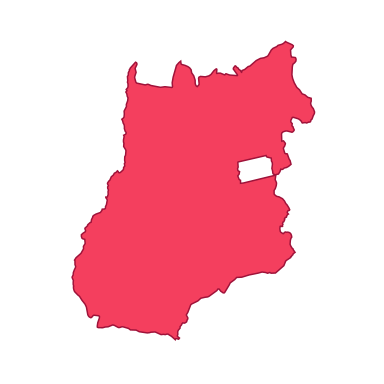 outline of Goiás, rotated 346°
{"feature_id": "BRA-1294", "entity_name": "Goiás", "entity_type": "State", "adm_level": 1, "iso_a3": "BRA", "parent_name": "Brazil", "parent_adm1": "", "projection": "albers", "projection_center": [-49.017, -15.943], "detail": "fine", "context": "isolated", "style": "filled", "palette": "rose", "viewbox_px": 384, "rotation_deg": 346, "n_neighbors": 0, "source": "natural_earth", "source_scale": "10m", "svg_char_len": 5969}
<svg xmlns="http://www.w3.org/2000/svg" viewBox="0 0 384 384"><g transform="rotate(346 192 192)"><path d="M319.7,69.3L324.8,73.3L325.7,74.6L325.3,75.7L322.0,78.0L321.1,82.8L321.2,85.1L324.7,86.5L325.0,87.0L325.1,88.3L324.5,90.1L322.9,91.4L320.7,92.5L319.6,94.9L317.3,102.4L317.1,106.1L317.6,110.7L319.0,115.9L321.0,118.8L322.6,123.4L325.1,125.1L327.2,128.1L330.3,129.9L329.7,132.6L328.6,134.5L328.5,136.3L328.8,138.0L329.9,140.5L330.3,144.0L329.7,145.5L328.1,147.3L326.1,150.3L325.0,150.8L324.0,152.4L323.3,152.7L322.2,152.4L320.0,152.8L318.6,152.0L315.7,151.7L314.8,149.0L313.0,146.8L308.5,144.1L307.4,143.9L305.4,146.2L304.9,147.3L305.0,148.5L305.8,149.8L305.0,151.9L305.8,153.2L305.8,154.4L306.2,156.3L306.1,156.7L305.4,157.4L304.4,158.0L303.5,158.2L299.0,155.8L297.7,155.5L295.2,155.6L293.5,156.4L292.9,157.4L291.5,164.0L291.5,164.5L292.8,164.4L293.2,164.6L294.3,167.2L294.3,167.8L292.8,170.1L291.6,171.1L291.2,172.0L291.4,176.7L292.2,177.6L293.5,177.9L293.7,178.3L294.2,183.4L294.8,185.3L294.8,189.1L291.9,190.5L289.6,191.1L287.4,191.0L285.6,191.9L284.7,191.9L283.7,191.3L282.2,193.6L280.2,195.5L278.3,195.4L277.1,195.9L276.9,197.2L275.7,200.1L276.2,203.3L276.1,204.1L275.3,206.2L273.6,208.9L272.0,210.4L271.2,213.9L271.9,215.2L273.1,216.7L275.2,217.7L278.2,220.4L279.6,223.2L280.2,225.9L281.0,227.2L282.1,230.6L282.5,232.9L281.9,233.4L280.8,233.3L279.8,234.2L279.4,235.1L280.2,236.7L279.5,236.9L278.4,237.7L277.5,239.3L276.5,239.3L275.6,239.9L275.5,240.6L275.1,240.7L275.1,241.5L274.8,241.9L273.8,243.1L273.2,243.1L272.2,244.4L272.4,245.4L271.5,246.5L271.6,247.1L271.0,247.3L269.7,246.6L269.2,246.7L268.3,249.0L268.1,251.6L268.4,252.5L270.2,254.4L270.8,254.5L271.8,253.6L273.0,253.4L273.9,253.9L275.2,254.1L276.5,254.8L277.1,255.3L277.8,256.6L278.0,258.1L277.9,259.9L276.8,260.9L275.8,262.6L274.5,266.4L274.8,268.4L275.6,270.8L276.3,271.7L276.3,272.6L277.4,275.5L275.2,276.4L274.7,277.3L273.6,277.8L272.8,278.7L272.1,278.8L271.8,279.5L267.0,281.2L266.1,281.8L263.3,285.7L253.4,290.8L249.5,290.0L248.5,289.5L248.1,288.9L245.7,289.1L243.9,287.9L240.6,286.6L236.6,286.7L227.3,286.3L219.7,286.7L214.7,285.7L212.2,287.3L207.1,289.4L205.5,291.3L199.4,297.4L198.8,297.7L197.8,297.4L195.9,295.2L194.8,292.7L193.7,292.4L192.2,293.7L183.1,297.4L181.7,297.6L179.4,297.3L174.9,297.2L171.4,299.1L164.5,300.6L163.5,301.1L158.8,307.8L156.9,309.7L156.8,310.5L157.5,313.0L157.2,314.2L156.6,314.6L155.3,316.7L153.8,317.3L152.9,317.4L151.3,316.8L150.6,317.2L149.7,318.4L147.9,319.7L147.4,321.3L145.4,322.7L144.3,324.1L143.8,326.7L143.0,328.0L143.0,328.7L144.5,330.7L143.4,331.6L141.7,330.6L140.9,330.4L140.3,330.6L140.0,331.2L137.2,327.1L134.3,324.1L133.3,323.8L131.5,323.9L129.9,323.2L127.5,322.9L122.4,318.9L118.3,318.1L116.7,318.2L114.5,317.9L107.0,314.8L104.4,312.5L98.9,310.9L97.4,309.0L92.4,306.1L91.4,305.8L89.0,306.0L87.8,305.7L84.5,302.7L83.0,301.8L78.0,302.5L75.2,302.0L72.6,302.1L68.5,301.0L67.5,300.4L67.6,299.3L68.9,296.1L71.7,291.8L72.1,290.3L71.5,289.5L67.0,287.8L66.2,288.0L64.2,289.4L63.4,289.5L62.1,288.4L61.5,287.2L61.2,285.9L61.7,278.1L61.1,275.0L59.0,270.3L57.6,266.0L56.3,264.3L54.2,260.7L53.8,259.5L53.7,257.2L54.0,255.3L54.4,254.8L54.4,252.8L55.0,250.4L55.5,249.3L55.0,246.1L55.1,245.5L56.6,243.8L57.4,241.4L59.5,238.4L60.2,237.8L61.0,236.4L61.1,235.7L60.9,234.2L61.8,230.4L61.5,229.7L63.6,227.7L69.4,224.7L73.0,220.9L73.5,218.5L75.9,216.1L76.5,212.0L74.7,211.0L74.1,210.3L73.9,208.6L74.3,206.7L76.1,205.7L78.9,204.7L79.4,203.8L79.2,201.8L79.4,201.2L82.5,199.5L82.7,198.8L83.2,198.4L85.8,197.0L86.8,196.9L87.8,194.5L89.5,192.5L89.9,191.6L90.7,191.0L93.4,190.2L98.2,189.7L100.3,187.9L100.6,187.0L101.6,187.0L102.5,187.4L103.8,187.1L104.2,186.6L104.5,185.3L105.9,183.6L107.8,179.4L107.7,178.4L107.0,176.6L107.3,176.0L108.2,176.5L108.7,176.2L110.1,174.0L110.6,171.4L111.4,169.8L111.1,168.0L111.4,166.6L112.4,165.7L112.0,163.5L112.3,162.8L113.9,161.3L115.1,160.7L117.4,157.7L119.7,156.6L121.2,155.0L123.5,154.4L124.7,153.4L125.2,154.0L125.6,155.5L126.4,155.8L127.2,155.7L130.2,154.1L131.1,153.2L131.6,151.6L133.0,150.6L133.3,148.0L134.2,147.3L134.3,144.9L135.3,141.5L136.4,140.3L137.9,136.0L137.8,134.8L136.7,131.3L137.7,128.3L137.6,126.9L138.1,124.9L139.6,121.7L139.4,120.4L141.6,119.9L142.4,118.8L142.4,118.0L141.9,117.1L141.7,114.1L142.2,112.4L142.4,110.3L141.9,108.6L141.9,106.1L141.5,104.4L143.0,103.8L144.2,102.8L145.2,99.9L145.7,97.1L149.0,93.3L149.5,91.1L151.6,88.0L152.7,85.1L152.3,83.7L152.5,80.9L152.0,79.0L153.4,78.0L153.4,77.5L152.9,76.8L153.1,76.5L154.8,75.3L155.5,74.1L156.1,71.3L155.9,69.9L156.6,68.4L157.3,64.3L158.4,63.3L159.1,60.8L160.6,59.1L160.9,58.0L161.9,57.3L162.1,56.8L168.6,52.4L169.4,53.1L169.6,53.9L169.4,55.0L166.7,58.3L166.7,62.4L164.5,65.9L164.0,67.1L164.1,71.8L164.6,72.9L172.5,76.8L174.9,76.7L175.7,77.0L177.9,78.7L186.7,82.8L191.2,83.3L197.7,85.7L198.2,85.6L198.6,85.0L199.2,81.2L201.5,76.0L207.6,65.4L210.6,63.3L212.7,62.3L212.4,64.7L212.6,65.6L215.8,67.4L218.3,69.3L219.7,70.9L220.7,73.1L220.5,76.3L221.8,79.7L222.1,84.2L221.4,87.3L221.4,88.8L221.8,90.2L222.5,91.0L224.2,90.0L225.0,89.2L225.9,83.2L226.5,82.3L228.2,81.9L232.8,83.5L236.5,83.4L238.8,82.6L242.6,79.6L244.9,78.5L245.6,78.5L245.8,79.0L244.9,81.7L244.6,82.7L244.8,83.0L246.4,83.1L248.4,83.6L251.9,86.2L252.4,86.2L253.1,85.6L253.6,85.5L256.8,87.6L264.0,90.0L264.3,89.9L264.4,89.2L261.8,82.6L262.3,81.6L264.2,80.1L264.8,80.2L265.6,81.8L266.8,83.0L267.1,84.3L268.4,85.8L268.8,87.5L269.1,87.8L270.1,86.2L272.7,85.9L276.8,83.9L278.7,83.8L286.1,80.0L290.7,78.9L294.4,79.2L298.2,78.5L299.2,77.7L303.3,73.4L305.4,72.2L309.4,71.4L311.0,70.5L314.8,70.4L316.6,70.0L319.2,68.6L319.7,69.3ZM276.9,195.4L275.3,194.3L275.0,193.3L275.3,191.0L275.2,188.5L276.7,184.7L277.0,182.9L276.6,181.1L277.1,178.3L273.2,176.2L272.8,175.4L272.7,174.5L244.0,174.0L243.6,174.5L242.8,179.0L241.9,180.3L241.7,182.0L242.0,182.7L243.1,183.7L242.0,186.1L240.3,187.4L240.8,191.3L241.9,192.4L241.2,195.3L243.8,195.7L277.1,195.9L276.9,195.4Z" fill="#f43f5e" stroke="#9f1239" stroke-width="1.5"/></g></svg>